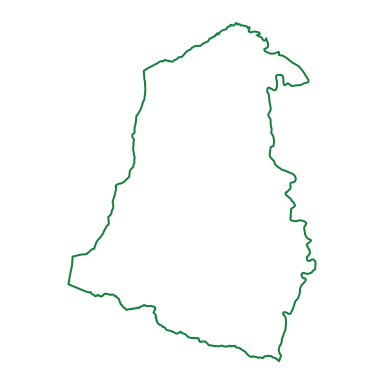 outline of Santa Sofía, Boyacá, Colombia
{"feature_id": "7082276B71220292123998", "entity_name": "Santa Sofía", "entity_type": "district", "adm_level": 2, "iso_a3": "COL", "parent_name": "Colombia", "parent_adm1": "Boyacá", "projection": "mercator", "projection_center": [-73.594, 5.735], "detail": "fine", "context": "isolated", "style": "outline", "palette": "green", "viewbox_px": 384, "rotation_deg": 0, "n_neighbors": 0, "source": "geoboundaries", "source_scale": "gbopen_adm2", "svg_char_len": 5945}
<svg xmlns="http://www.w3.org/2000/svg" viewBox="0 0 384 384"><path d="M266.2,38.8L265.0,40.5L264.2,40.7L263.1,39.9L262.4,39.1L262.0,37.9L260.6,36.8L258.9,36.4L257.2,35.2L259.5,34.2L259.8,33.6L259.3,32.7L258.0,32.1L254.5,31.5L250.1,32.4L249.0,31.4L248.7,30.6L249.3,30.1L249.5,27.4L248.8,27.3L247.7,27.9L246.9,26.5L246.1,26.2L242.0,25.3L240.7,25.4L239.6,24.1L238.1,24.4L237.3,24.4L236.9,23.2L236.4,23.0L235.7,23.3L234.1,25.4L232.5,25.4L231.3,24.9L230.6,24.9L230.1,26.3L229.4,26.3L227.7,26.9L227.1,27.6L226.5,29.2L222.9,30.1L220.0,32.1L219.3,32.8L218.8,34.0L218.2,34.1L218.2,33.6L217.5,33.3L216.9,33.6L216.6,34.8L215.7,34.8L214.8,36.3L212.2,37.3L211.0,38.4L209.7,38.5L208.4,40.8L207.7,41.5L203.4,43.4L200.6,45.7L198.8,46.0L195.6,45.9L191.7,47.9L191.2,48.7L190.3,49.5L187.4,51.0L186.0,52.1L182.0,56.8L179.9,57.0L178.4,57.5L177.0,59.0L174.5,60.1L172.9,61.4L172.0,61.7L169.6,61.1L168.8,61.2L168.2,60.7L166.3,60.6L165.3,59.9L164.6,60.0L163.2,61.3L162.5,61.4L161.8,61.1L160.4,61.4L159.2,61.9L157.4,63.4L154.5,64.6L152.7,65.8L149.7,67.2L144.9,70.1L143.8,71.0L144.4,79.8L144.9,80.9L145.3,88.7L145.3,91.1L144.3,99.5L142.9,102.4L141.9,105.9L140.5,109.6L137.7,114.5L136.3,116.0L136.0,120.1L135.4,124.5L134.6,127.4L134.5,132.9L132.8,134.1L132.2,135.3L132.4,137.1L133.5,138.5L134.0,139.8L133.5,142.3L133.5,145.3L133.1,147.2L133.3,150.7L134.7,158.2L134.3,160.0L134.4,162.7L133.5,164.8L133.3,166.9L130.4,169.8L129.7,171.7L129.2,176.8L123.6,182.2L120.2,183.7L119.3,183.7L116.5,184.7L115.6,186.3L116.2,187.4L115.7,190.4L114.8,194.9L112.7,201.4L112.8,203.3L113.3,205.6L113.2,208.1L111.8,210.7L111.3,213.8L110.2,215.3L108.4,216.7L108.4,219.7L108.8,222.3L108.8,223.8L107.8,225.1L106.7,226.1L104.6,229.9L102.8,233.9L100.1,237.7L97.8,240.0L96.2,242.6L94.2,248.7L92.3,249.1L86.5,254.0L84.4,254.4L81.5,254.5L72.6,256.6L72.1,264.8L69.7,276.8L68.5,284.3L86.0,291.6L88.8,292.3L89.7,292.4L90.5,292.1L92.2,294.3L93.7,294.7L95.0,296.1L96.3,296.1L96.9,295.3L98.2,295.1L99.0,295.5L99.3,295.9L100.0,295.9L100.3,296.3L101.3,296.4L102.5,296.0L103.3,294.8L105.3,293.6L106.2,293.9L107.7,294.0L110.6,294.9L112.2,294.4L113.1,294.7L114.6,295.9L115.6,295.8L116.3,297.0L117.2,297.4L118.9,299.0L119.3,299.9L119.4,301.2L120.4,302.7L120.3,303.2L120.7,304.3L121.6,304.9L123.3,307.2L125.2,308.4L126.0,309.6L126.5,309.9L129.9,309.0L132.1,309.2L133.1,308.4L135.0,308.5L137.1,307.7L139.1,307.9L139.7,307.0L142.1,306.2L144.0,305.0L145.3,305.4L145.8,306.1L147.4,305.9L148.3,306.1L151.4,306.0L154.5,307.0L155.1,307.5L155.2,309.3L153.8,311.7L153.6,312.8L155.0,314.0L155.8,315.3L155.9,316.8L155.5,317.6L156.5,318.9L156.3,320.3L157.2,321.2L157.2,322.2L157.9,323.3L159.6,324.8L161.4,325.3L162.7,326.9L164.4,327.2L166.4,329.8L167.3,330.2L168.9,330.3L170.2,331.0L171.2,330.9L172.5,331.9L173.4,331.8L175.3,333.3L176.9,333.6L177.5,333.5L179.0,332.7L180.2,331.8L180.8,331.8L181.8,333.0L183.6,333.5L186.0,334.8L188.5,337.3L192.3,338.1L194.5,337.9L196.0,338.3L197.8,337.9L198.9,339.0L199.2,340.9L199.7,341.1L200.3,341.9L203.1,341.4L205.6,341.7L208.8,345.2L209.4,345.1L210.7,345.5L211.3,345.4L214.1,346.1L216.3,346.0L217.6,346.3L219.6,346.2L221.9,345.5L223.6,346.3L226.2,346.6L228.6,346.1L229.4,345.6L231.1,346.5L231.8,345.9L232.7,346.1L234.3,345.8L235.2,345.9L236.2,347.3L236.9,347.6L238.6,347.7L241.5,349.2L242.2,350.1L244.9,351.4L247.7,354.7L249.1,355.9L250.5,356.7L251.9,356.8L253.2,356.2L254.6,356.9L255.9,356.9L258.2,357.8L260.2,357.4L262.7,358.1L263.6,357.6L263.9,356.8L264.5,356.4L265.9,356.3L267.2,355.8L269.6,356.1L270.9,356.0L271.5,356.2L272.6,357.3L275.0,357.9L275.7,358.6L276.9,358.9L277.9,360.3L279.1,361.0L281.1,355.5L280.8,354.9L279.7,353.7L278.7,349.7L279.7,345.8L280.7,344.5L281.5,342.7L282.1,338.4L283.2,335.8L283.9,333.3L285.4,330.0L285.6,328.5L286.0,321.6L285.8,318.9L285.5,317.5L284.7,316.1L283.3,314.5L283.1,313.3L283.6,312.4L284.8,312.1L286.3,312.5L288.7,313.8L289.9,313.9L290.5,313.7L292.9,308.7L295.4,301.1L297.9,298.6L298.4,297.3L299.8,293.0L300.1,288.6L301.0,286.2L302.0,284.7L305.1,281.4L305.8,280.2L305.6,279.3L305.1,278.4L303.4,278.3L302.2,277.0L301.5,274.8L301.6,273.9L303.1,272.8L307.4,273.9L309.0,273.6L311.5,272.6L313.2,270.5L314.9,269.4L315.2,268.9L315.5,262.2L314.9,260.9L313.4,259.4L311.9,259.5L309.8,260.8L309.0,260.9L308.1,260.8L307.1,259.8L306.8,257.2L309.7,253.9L309.9,252.8L309.6,250.3L307.1,246.0L306.8,244.8L307.2,244.0L310.5,241.3L311.0,240.4L310.7,239.9L307.5,238.4L306.7,237.4L305.2,234.7L304.1,228.1L304.5,226.5L306.2,224.0L306.3,223.5L306.0,222.7L304.8,221.6L301.2,220.3L299.2,220.4L296.3,221.2L295.2,221.2L292.2,220.7L290.8,219.9L290.4,219.1L290.3,218.2L290.8,217.4L290.7,214.0L291.0,212.5L291.0,209.3L291.4,208.6L294.0,206.9L295.1,205.4L294.1,203.4L293.2,202.2L292.0,201.1L290.5,198.6L287.3,196.1L285.5,194.0L285.8,192.4L287.3,191.9L288.6,190.2L289.9,189.2L290.3,188.5L290.6,186.4L290.3,184.8L290.4,183.3L291.1,182.7L294.3,182.0L295.4,180.7L295.8,178.8L295.3,176.8L294.4,175.4L292.9,174.0L286.4,171.2L281.7,169.5L277.3,166.5L275.2,164.5L274.0,161.1L270.5,157.4L269.6,155.2L270.6,147.4L271.7,146.5L273.2,146.2L273.5,145.9L274.0,142.3L273.9,140.1L273.4,136.6L271.2,132.7L271.7,129.3L270.7,124.8L270.6,120.0L270.3,118.8L268.3,115.8L268.5,114.1L270.5,110.2L270.7,109.1L270.5,106.6L269.6,102.5L268.9,94.9L267.2,91.5L267.2,90.1L267.6,88.4L268.5,87.6L269.0,87.6L274.1,90.2L275.0,90.3L275.7,89.9L276.2,89.0L276.9,86.9L277.0,83.6L276.8,80.6L276.5,79.9L276.0,77.2L276.1,76.1L276.9,75.2L277.8,74.8L281.1,75.0L282.1,75.4L282.8,76.3L283.2,77.6L283.4,79.7L283.5,83.3L283.8,84.3L284.3,85.0L285.2,85.1L287.1,83.7L287.9,83.4L288.6,83.7L291.3,85.8L292.1,86.0L296.0,85.4L300.6,85.1L304.3,83.2L306.9,82.6L308.0,82.2L308.5,81.4L308.4,80.1L306.8,77.2L303.1,71.5L300.8,68.5L298.3,65.9L292.5,62.7L286.4,57.8L284.1,56.4L282.1,55.5L280.5,55.4L279.0,54.9L279.0,52.7L278.8,52.0L278.1,51.9L277.0,52.6L274.7,53.4L272.2,53.7L269.7,53.4L267.1,52.3L265.0,51.1L264.4,50.1L264.2,49.3L266.6,47.9L267.6,47.1L268.1,46.3L268.0,43.5L266.2,38.8Z" fill="none" stroke="#15803d" stroke-width="2"/></svg>